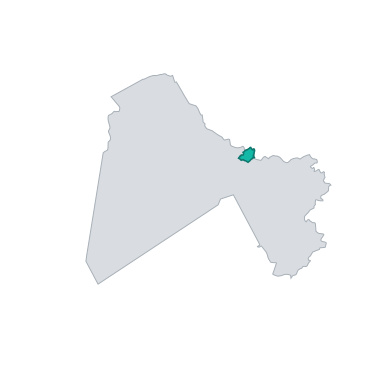 Bankass, Mopti, Mali shown in context, rotated 242°
{"feature_id": "8926073B46110396602069", "entity_name": "Bankass", "entity_type": "district", "adm_level": 2, "iso_a3": "MLI", "parent_name": "Mali", "parent_adm1": "Mopti", "projection": "robinson", "projection_center": [-3.598, 13.688], "detail": "fine", "context": "in_parent", "style": "filled", "palette": "teal", "viewbox_px": 384, "rotation_deg": 242, "n_neighbors": 0, "source": "geoboundaries", "source_scale": "gbopen_adm2", "svg_char_len": 5538}
<svg xmlns="http://www.w3.org/2000/svg" viewBox="0 0 384 384"><g transform="rotate(242 192 192)"><path d="M82.4,279.8L82.5,278.5L81.5,277.6L81.5,277.2L82.1,273.5L82.0,272.5L82.4,270.6L81.8,269.8L81.7,269.2L80.1,266.8L79.6,264.7L78.9,263.4L77.0,262.9L76.3,264.1L75.9,264.3L75.2,263.5L75.0,262.7L75.0,262.1L72.7,258.9L72.8,257.2L73.7,256.3L74.1,254.8L73.2,253.1L73.4,251.4L73.3,249.1L71.9,247.2L71.0,246.3L70.2,244.9L70.8,241.6L69.4,238.9L72.1,240.0L73.3,239.0L74.5,237.6L75.5,235.7L76.0,233.5L76.2,231.5L77.3,228.4L78.6,227.0L81.2,224.8L81.9,225.0L86.1,229.6L88.4,231.9L89.3,233.1L90.1,233.1L91.3,230.9L92.6,229.0L93.1,228.5L97.3,228.2L99.5,228.6L101.5,229.1L104.3,229.3L111.7,227.9L111.8,227.0L111.7,225.9L112.0,225.1L112.6,224.3L113.1,224.2L113.3,226.7L113.9,227.1L115.7,227.2L170.1,227.2L172.4,213.9L168.4,209.0L154.8,65.8L180.6,65.8L185.1,69.0L268.3,132.0L268.7,134.0L268.6,136.8L269.3,137.7L270.5,138.6L275.2,141.3L275.6,141.8L275.8,142.9L276.4,144.3L277.4,145.1L278.5,145.7L280.0,146.1L284.2,146.5L285.2,147.1L287.0,149.6L288.0,150.1L293.8,151.4L295.7,152.1L297.7,153.2L298.8,154.3L298.8,158.2L299.7,160.7L299.6,161.4L298.7,162.4L298.5,163.1L297.5,165.1L297.7,165.9L299.7,167.5L300.7,167.9L301.9,167.9L314.1,165.3L314.6,201.7L314.1,202.3L313.8,208.8L313.0,212.6L311.4,215.4L310.5,219.6L309.9,220.4L309.5,222.8L308.6,224.2L307.0,224.8L304.2,227.5L304.0,229.6L297.4,228.4L296.9,228.4L296.7,228.7L296.5,229.9L279.6,230.5L271.3,231.0L266.1,236.0L262.7,236.4L258.4,236.0L256.2,236.0L255.4,236.3L255.2,237.2L248.5,234.7L246.0,235.5L245.6,235.2L245.2,234.7L244.0,234.3L242.1,234.5L240.7,234.9L236.4,238.7L234.1,239.7L229.8,242.0L226.8,244.0L225.7,244.4L224.1,244.5L222.7,244.9L221.4,249.4L220.6,249.8L215.5,248.0L214.4,248.3L213.6,248.8L210.7,251.4L209.3,253.5L208.5,256.3L208.6,258.1L208.1,258.6L206.8,258.8L204.5,258.2L203.7,258.5L203.4,259.8L203.4,262.8L202.9,264.9L201.5,265.5L200.4,266.3L199.6,266.5L198.8,266.4L194.7,263.3L193.3,262.8L191.8,263.2L190.3,264.4L187.6,267.6L187.9,268.8L188.6,270.1L189.2,271.7L189.1,273.2L185.4,275.2L186.2,276.8L186.1,280.9L184.4,282.8L183.8,284.0L182.1,285.4L180.6,286.1L176.0,287.2L174.2,288.5L173.3,289.6L173.1,290.7L173.3,292.0L174.2,294.8L173.9,297.3L173.1,300.1L172.4,301.4L170.3,302.9L170.6,304.8L170.8,307.5L170.4,311.0L169.8,313.4L169.3,313.2L167.2,313.3L165.0,314.0L164.2,314.6L164.0,315.4L162.1,317.3L160.9,317.2L159.7,316.7L159.1,316.2L159.0,315.9L159.8,314.4L159.8,313.8L159.1,311.1L159.2,310.5L158.9,308.4L158.7,308.3L156.3,309.2L156.2,309.6L156.6,310.9L156.3,311.1L155.4,311.1L154.2,310.7L152.9,309.5L152.5,309.9L152.4,310.8L152.3,311.9L152.6,314.0L152.3,314.7L150.2,314.6L148.4,314.8L148.0,315.5L147.8,316.4L148.2,317.3L148.2,317.6L147.4,318.2L147.1,318.2L146.1,317.2L142.3,316.2L141.9,314.9L141.5,314.8L140.3,313.2L139.7,313.2L139.3,313.5L137.8,313.4L136.5,314.8L135.5,316.6L134.5,317.5L132.9,317.9L133.1,316.7L132.6,315.2L129.3,313.2L128.8,312.4L127.9,307.9L128.0,306.6L128.2,305.4L128.1,304.5L127.8,303.8L126.8,303.1L125.7,302.8L124.4,303.7L123.8,303.9L123.2,303.8L122.9,303.5L122.9,303.0L124.4,300.6L125.1,299.6L126.5,298.5L126.9,297.9L126.9,297.4L126.8,297.1L125.8,296.6L124.4,295.5L123.6,295.4L122.9,294.9L122.2,293.1L121.9,292.8L121.2,292.6L120.6,292.2L120.7,288.0L119.3,284.8L118.0,280.8L117.4,279.8L116.2,279.0L114.8,278.4L113.5,278.3L112.1,278.7L112.1,279.1L112.9,280.4L113.1,281.1L112.9,281.8L112.7,282.3L110.7,282.8L108.2,284.2L107.3,285.9L106.7,286.1L105.7,285.9L99.0,283.0L96.1,284.3L94.3,286.8L93.8,287.6L92.9,288.4L92.5,288.4L92.0,287.9L90.0,284.1L89.2,283.2L88.1,283.1L87.2,283.7L86.2,285.0L85.0,286.2L84.3,286.6L83.6,286.4L80.8,283.8L80.7,283.3L82.0,280.2L82.4,279.8Z" fill="#d9dde1" stroke="#a8b0b8" stroke-width="1"/><path d="M191.9,255.4L192.4,257.8L193.1,259.5L193.1,261.2L193.2,261.3L193.3,261.3L193.3,261.5L193.4,261.8L193.4,262.0L193.5,262.1L193.9,262.1L194.0,262.1L194.0,262.3L193.7,262.4L193.5,262.6L193.4,262.7L193.2,262.7L193.1,262.8L193.1,263.0L193.1,263.3L193.3,263.3L193.5,263.3L193.8,263.2L194.1,263.3L194.5,263.4L194.9,263.6L195.0,263.6L195.3,263.6L195.5,263.4L195.7,263.6L196.0,263.9L196.3,264.1L196.3,264.3L196.4,264.5L196.5,264.6L196.8,264.8L197.0,264.9L197.2,265.0L197.3,265.0L197.5,265.2L197.7,265.3L197.8,265.5L198.1,265.8L198.3,266.0L198.5,266.2L198.6,266.3L198.8,266.3L199.0,266.4L199.2,266.5L199.3,266.7L199.3,266.8L199.5,266.9L199.8,266.9L200.0,266.8L200.2,267.0L200.3,267.0L200.5,267.0L200.8,267.0L200.9,266.9L201.0,266.9L201.1,266.7L201.1,266.3L201.0,266.2L200.9,265.9L200.9,265.7L200.7,265.4L200.8,265.3L200.8,265.2L201.0,265.0L201.5,265.0L202.1,264.9L202.3,264.8L203.0,264.8L203.6,264.8L203.8,264.8L203.9,264.6L204.0,264.4L203.9,264.2L203.9,263.8L203.9,263.7L203.7,263.6L203.6,263.1L203.6,262.5L203.5,261.9L203.5,261.4L203.4,261.3L203.4,260.7L203.3,260.4L203.3,260.2L203.5,260.0L203.7,259.8L203.7,259.6L203.7,259.3L203.7,258.7L203.7,258.4L203.7,258.2L203.5,257.9L203.4,257.9L203.4,257.7L203.1,256.7L203.1,256.2L203.1,255.7L202.6,255.8L202.3,255.9L201.5,255.4L201.3,255.3L201.2,255.1L201.1,254.9L200.8,254.8L200.7,254.6L200.7,254.2L201.0,253.6L201.4,253.3L201.5,252.5L201.0,251.8L200.8,251.7L200.7,251.6L200.8,251.5L201.1,251.5L201.2,251.3L200.6,250.3L200.3,249.4L200.2,249.2L200.0,248.9L199.2,249.4L198.7,249.7L198.4,250.0L197.9,250.0L197.8,250.4L197.6,250.5L197.3,250.2L197.2,250.2L197.1,250.3L196.9,250.4L197.0,250.7L196.5,251.8L196.4,252.1L196.4,252.3L196.5,252.4L196.4,252.5L196.3,252.4L196.2,252.3L196.0,252.5L196.0,252.8L195.1,253.0L194.5,253.9L193.7,254.4L191.9,255.4Z" fill="#14b8a6" stroke="#0f766e" stroke-width="1.5"/></g></svg>